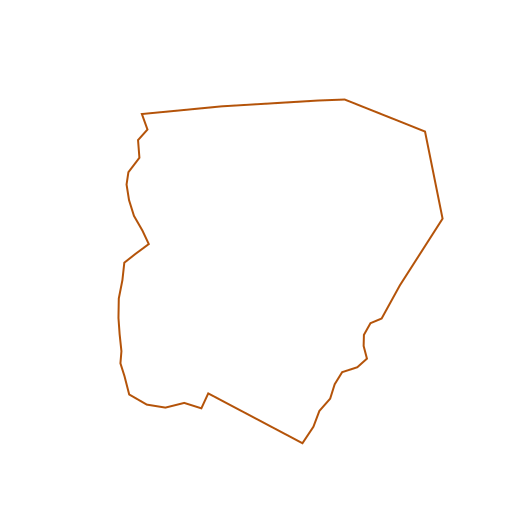 Pilões, Paraíba, Brazil, rotated 292°
{"feature_id": "56859067B29382910416261", "entity_name": "Pilões", "entity_type": "district", "adm_level": 2, "iso_a3": "BRA", "parent_name": "Brazil", "parent_adm1": "Paraíba", "projection": "orthographic", "projection_center": [-35.62, -6.881], "detail": "fine", "context": "isolated", "style": "outline", "palette": "amber", "viewbox_px": 512, "rotation_deg": 292, "n_neighbors": 0, "source": "geoboundaries", "source_scale": "gbopen_adm2", "svg_char_len": 686}
<svg xmlns="http://www.w3.org/2000/svg" viewBox="0 0 512 512"><g transform="rotate(292 256 256)"><path d="M434.7,366.1L434.3,279.6L423.4,255.3L381.9,168.1L344.9,97.0L332.6,108.0L319.3,103.2L303.4,111.1L285.9,106.3L273.8,109.2L260.3,117.3L247.5,127.8L237.0,141.2L226.9,152.1L212.9,143.5L200.5,136.4L183.5,141.2L165.2,144.7L147.0,151.7L132.5,158.8L117.3,166.9L105.7,170.5L95.3,179.1L80.1,190.3L77.3,210.4L81.5,228.8L92.9,244.5L94.3,262.4L110.7,263.2L99.8,369.2L119.2,373.2L136.1,372.8L151.5,378.2L166.6,377.0L180.6,379.4L190.8,391.6L202.4,397.3L212.9,389.5L223.3,385.6L236.6,387.3L245.1,395.9L282.8,400.4L360.5,415.0L434.7,366.1Z" fill="none" stroke="#b45309" stroke-width="2"/></g></svg>